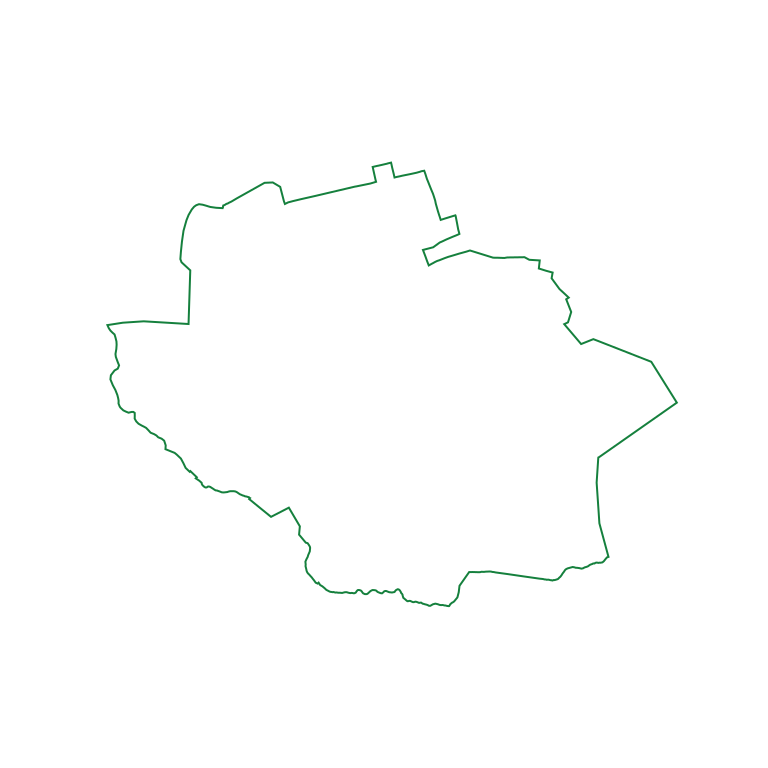 Sitalá, Chiapas, Mexico (Albers equal-area conic projection), rotated 22°
{"feature_id": "50627088B7924779316969", "entity_name": "Sitalá", "entity_type": "district", "adm_level": 2, "iso_a3": "MEX", "parent_name": "Mexico", "parent_adm1": "Chiapas", "projection": "albers", "projection_center": [-92.346, 17.038], "detail": "fine", "context": "isolated", "style": "outline", "palette": "green", "viewbox_px": 768, "rotation_deg": 22, "n_neighbors": 0, "source": "geoboundaries", "source_scale": "gbopen_adm2", "svg_char_len": 6165}
<svg xmlns="http://www.w3.org/2000/svg" viewBox="0 0 768 768"><g transform="rotate(22 384 384)"><path d="M213.9,240.1L205.4,238.8L197.9,242.2L178.0,267.0L174.2,272.0L172.1,274.3L171.4,275.3L170.5,275.9L170.2,276.3L169.4,277.5L168.6,278.3L168.1,278.7L168.2,279.1L168.3,280.0L168.5,280.5L168.5,281.4L162.3,283.5L156.7,284.9L154.8,285.1L152.4,285.3L148.7,285.7L145.1,286.6L142.9,288.6L141.5,290.8L140.4,294.2L139.5,300.4L139.5,306.1L140.7,317.0L143.3,327.6L146.2,337.6L148.4,344.5L150.7,347.0L161.8,351.2L180.3,401.6L137.7,415.9L118.9,425.0L105.5,433.0L108.0,435.4L110.4,437.0L113.0,438.1L115.6,439.0L117.7,441.6L120.0,444.8L121.4,447.8L122.7,451.8L123.8,456.8L125.2,459.3L128.8,463.3L131.4,466.0L131.4,469.5L129.1,472.4L127.5,478.2L128.6,482.2L133.0,486.7L137.2,490.2L140.9,494.1L142.8,496.7L144.2,498.9L145.2,501.6L147.5,504.0L148.8,504.8L152.2,506.1L155.0,506.3L157.9,506.3L160.4,504.5L162.1,503.8L163.7,504.2L164.8,506.8L165.8,509.5L168.3,511.5L171.3,512.8L175.0,513.3L177.6,513.5L179.9,513.8L182.6,515.0L185.9,516.6L189.6,516.6L192.3,517.0L194.6,518.0L198.3,518.0L201.4,518.9L204.6,522.7L205.8,526.3L215.7,526.3L218.3,527.1L221.3,528.3L223.6,529.2L227.7,532.6L231.5,536.1L235.7,537.8L236.8,538.2L237.1,537.3L245.4,540.6L244.8,542.0L248.7,542.8L251.9,543.9L252.5,544.9L253.3,545.6L254.2,546.1L255.0,546.3L255.9,546.7L256.7,546.8L257.7,546.7L258.5,546.1L259.2,545.0L260.2,544.6L261.6,544.5L262.8,544.8L264.6,545.1L266.3,545.5L267.7,545.7L269.2,545.3L270.3,545.3L271.6,545.2L274.2,545.2L276.0,544.6L277.5,543.8L279.3,542.8L279.9,542.2L281.1,541.3L282.0,540.8L283.5,540.2L285.1,539.6L286.6,539.3L288.1,539.4L289.9,539.8L291.7,540.2L293.4,540.2L294.6,540.3L295.9,540.1L297.1,540.2L297.6,540.1L298.9,539.8L299.6,539.8L300.4,539.7L301.2,539.6L301.5,539.9L302.5,540.0L302.1,541.2L329.0,549.5L342.1,534.3L359.3,547.5L361.7,555.5L370.9,560.4L372.8,560.2L374.5,561.3L376.1,562.5L376.9,563.6L377.9,567.0L377.8,570.9L378.0,573.2L377.8,574.6L377.7,576.5L377.7,578.2L379.0,580.7L379.5,582.3L380.8,584.1L381.5,585.1L382.2,586.2L383.4,587.4L384.5,588.1L386.0,588.7L387.6,589.5L389.5,590.4L390.8,591.2L392.6,592.2L395.1,593.8L397.3,593.9L397.8,592.7L400.1,594.3L402.7,594.7L405.5,595.6L407.7,596.5L409.1,596.6L410.9,596.8L412.1,596.8L413.2,596.5L414.5,596.2L415.1,595.8L416.9,595.6L418.3,595.0L419.7,594.7L421.8,593.9L423.5,593.4L424.5,592.6L425.9,591.6L427.4,591.0L428.9,590.9L430.2,590.7L431.1,590.5L432.1,589.9L433.0,589.6L434.2,589.4L435.1,589.0L436.0,587.9L436.2,586.7L436.6,585.4L437.0,584.8L437.7,584.5L438.7,584.2L440.1,584.2L441.2,584.7L442.1,585.4L443.1,585.9L443.8,585.9L444.8,586.0L445.7,585.7L446.6,585.3L447.3,584.7L448.3,582.6L449.1,580.9L449.6,580.4L450.4,579.4L451.8,578.9L452.8,578.6L453.5,578.5L454.3,578.5L454.8,578.7L455.6,579.1L456.3,579.2L457.3,579.2L458.9,579.2L459.7,579.1L460.6,578.8L460.8,578.4L461.3,577.6L461.6,576.8L461.9,576.1L462.5,575.6L463.0,575.3L463.7,575.1L464.9,575.1L465.6,575.1L466.5,575.1L467.2,575.0L467.7,574.8L468.6,574.6L469.3,574.4L469.9,574.1L470.6,573.6L471.3,573.2L471.7,572.8L471.9,571.9L472.2,571.0L472.5,570.4L473.1,569.7L473.7,569.1L474.6,569.0L475.5,569.2L476.4,569.7L477.0,570.2L477.7,570.7L478.0,571.2L478.6,571.5L479.3,571.8L480.1,572.4L480.4,573.0L482.0,575.0L483.3,575.4L483.8,575.6L484.9,575.9L485.5,576.2L487.0,576.6L487.4,576.5L488.2,576.0L488.7,575.6L489.6,575.3L490.0,575.3L491.2,575.4L492.6,575.4L493.5,575.0L493.8,574.7L494.6,574.1L495.8,573.8L498.5,573.8L500.2,572.8L502.2,573.2L503.1,573.0L503.7,573.0L504.6,572.9L505.9,572.7L507.3,572.6L507.9,572.7L508.7,572.8L510.0,572.3L510.5,571.7L511.1,570.9L512.0,569.8L513.3,568.9L513.7,568.5L515.1,568.2L516.7,568.0L518.1,568.0L519.2,567.8L519.8,567.6L521.0,567.0L521.9,566.8L522.9,566.7L524.1,566.3L525.2,566.2L525.9,566.1L526.3,565.9L527.0,565.8L527.6,565.5L527.8,564.5L527.9,563.5L528.3,562.7L528.5,562.2L529.0,561.3L529.5,560.8L530.2,559.8L530.5,559.2L532.0,554.4L531.3,549.1L529.6,542.8L533.4,526.5L536.7,525.1L542.4,523.0L543.7,522.4L544.1,522.1L544.7,521.6L547.0,520.8L548.8,519.8L550.4,519.1L552.1,518.3L553.6,517.8L554.7,517.7L556.4,517.2L558.1,516.9L569.9,513.9L585.9,510.0L601.2,506.2L604.3,505.3L606.3,505.0L607.4,504.6L608.1,504.6L609.5,503.9L610.4,503.7L612.0,503.5L612.8,503.2L613.6,503.2L614.6,502.3L614.9,502.3L616.0,501.6L616.6,501.2L617.1,500.7L617.9,500.1L618.5,499.4L619.0,498.0L619.7,496.7L619.9,496.0L620.3,494.5L620.5,493.1L620.9,491.6L621.3,490.3L621.4,489.3L621.8,488.1L622.4,487.2L623.4,486.1L627.5,483.0L629.5,482.6L630.4,482.6L632.2,482.0L634.2,481.5L635.1,481.4L636.3,481.2L636.7,480.9L637.5,480.4L638.0,479.8L638.7,478.9L639.1,478.6L640.5,477.5L641.5,476.5L642.5,474.8L643.0,474.2L644.6,472.8L645.1,472.1L646.5,471.5L647.0,470.6L648.3,469.8L649.7,469.6L650.6,469.0L651.5,468.7L653.3,467.6L654.2,466.0L654.6,464.6L654.8,464.0L655.0,463.2L655.4,462.1L655.7,461.2L656.9,460.2L635.9,432.5L629.9,420.1L618.1,395.8L610.3,372.1L610.3,371.8L610.8,371.3L662.5,291.6L623.5,263.3L566.8,263.9L561.3,264.0L551.8,273.1L528.7,261.0L531.5,257.9L530.6,247.1L521.2,237.2L522.9,234.7L511.1,230.2L499.8,223.2L498.6,217.5L491.8,218.3L484.3,218.9L482.1,211.1L472.2,214.4L466.8,213.8L450.9,220.5L448.3,222.1L441.4,224.6L437.9,226.0L413.7,228.0L410.8,230.4L404.9,234.9L402.3,237.0L398.3,240.2L396.0,242.0L393.3,244.4L389.2,248.3L389.0,248.5L387.2,250.0L385.3,252.1L384.4,253.3L383.6,254.2L381.1,257.3L378.0,254.0L374.8,250.4L369.9,245.1L378.4,238.8L382.7,231.9L384.3,230.3L385.6,228.9L387.7,226.6L392.6,221.7L394.9,219.5L397.1,217.3L397.7,216.6L396.9,215.5L394.9,212.9L391.2,207.1L387.5,201.4L387.0,200.9L385.7,201.9L378.7,207.6L375.1,210.6L372.8,207.8L372.0,206.9L369.2,203.5L364.4,197.3L362.7,194.7L359.8,191.2L358.1,189.2L356.6,187.7L354.9,186.0L352.6,183.6L348.4,179.2L347.0,177.8L343.8,173.9L341.4,171.2L339.0,172.7L337.9,173.7L335.2,175.8L329.8,179.5L322.8,184.1L321.0,185.4L318.0,187.4L316.4,188.6L314.4,185.7L310.5,180.3L308.4,177.2L307.6,176.1L304.7,178.2L304.4,178.5L299.0,182.3L298.4,182.7L296.7,183.9L296.3,184.1L292.2,187.0L299.4,197.5L300.9,199.5L296.3,203.2L283.8,211.5L283.5,211.6L249.8,235.4L237.7,243.8L233.5,246.8L231.1,248.5L229.4,249.8L227.1,251.5L224.7,254.2L222.8,252.1L213.9,240.1Z" fill="none" stroke="#15803d" stroke-width="2"/></g></svg>